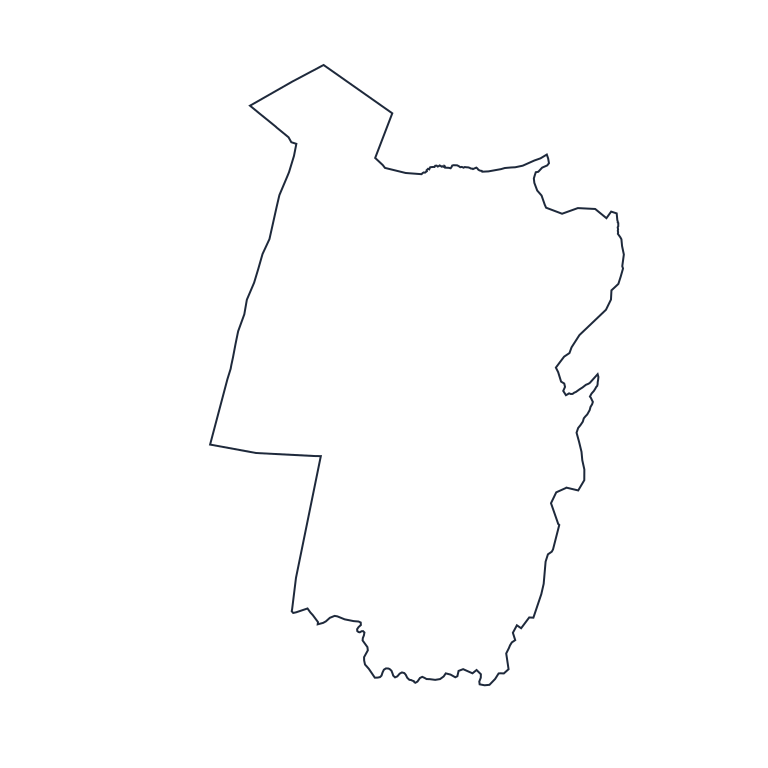 Safana, Katsina, Nigeria, rotated 20°
{"feature_id": "59680162B21692666530817", "entity_name": "Safana", "entity_type": "district", "adm_level": 2, "iso_a3": "NGA", "parent_name": "Nigeria", "parent_adm1": "Katsina", "projection": "equal_earth", "projection_center": [7.279, 12.516], "detail": "fine", "context": "isolated", "style": "outline", "palette": "slate", "viewbox_px": 768, "rotation_deg": 20, "n_neighbors": 0, "source": "geoboundaries", "source_scale": "gbopen_adm2", "svg_char_len": 3981}
<svg xmlns="http://www.w3.org/2000/svg" viewBox="0 0 768 768"><g transform="rotate(20 384 384)"><path d="M515.7,654.0L517.2,652.2L517.8,650.0L518.3,648.0L520.1,646.1L522.6,646.3L524.9,646.7L528.0,645.7L533.3,644.5L537.6,642.1L540.1,638.4L541.0,634.8L545.9,634.3L551.3,635.2L552.9,633.5L552.2,628.1L555.9,624.9L566.1,625.6L568.8,621.1L574.3,623.6L575.4,626.9L575.3,631.0L576.6,633.5L581.6,632.7L586.0,630.6L589.3,623.2L590.7,616.8L592.4,616.0L595.6,615.0L598.6,609.4L591.0,595.4L591.7,589.3L591.8,586.5L592.5,583.1L594.9,579.8L590.2,573.7L591.4,565.3L596.4,566.6L600.3,553.7L604.3,552.5L603.7,527.7L602.4,517.2L596.6,495.6L596.3,488.0L599.0,484.2L599.4,481.6L596.9,456.5L595.4,455.8L595.4,455.7L581.7,438.9L582.9,426.9L590.5,419.5L590.8,419.0L602.9,417.6L605.1,405.9L601.5,395.8L596.4,387.8L592.8,380.2L587.0,371.5L581.6,363.9L581.5,358.9L582.7,355.4L583.7,351.4L583.5,347.9L584.3,345.6L585.4,343.1L586.2,338.2L585.9,334.9L586.5,331.9L586.4,329.4L584.8,327.9L583.0,326.1L581.8,325.4L582.3,322.0L583.6,318.7L584.2,315.9L584.4,314.3L585.0,312.9L584.8,311.1L584.2,309.3L583.8,307.0L583.1,304.1L581.4,301.7L577.1,312.4L576.7,313.0L576.1,313.8L574.0,315.7L571.7,319.4L569.6,322.1L567.1,325.8L565.7,327.1L564.6,328.8L563.0,329.5L561.1,329.5L560.1,330.8L558.8,332.3L554.8,329.2L555.1,324.8L553.2,321.9L549.6,321.2L543.6,313.3L539.9,309.8L541.8,303.5L543.9,296.7L547.7,291.5L547.7,285.4L550.9,271.2L567.2,238.3L568.4,227.0L565.7,218.2L570.0,209.8L569.7,202.1L569.1,193.7L567.6,191.8L565.1,180.3L560.5,172.9L557.6,166.8L555.9,165.3L552.4,162.9L552.1,161.3L551.3,160.1L551.1,158.7L550.0,156.8L550.2,155.7L549.7,154.3L549.1,152.6L548.4,152.3L548.2,151.5L547.2,150.2L544.3,144.1L538.5,144.3L536.3,152.1L522.6,147.3L506.0,152.4L493.1,163.1L476.0,162.9L473.7,160.5L467.6,153.0L461.8,149.8L456.5,143.6L454.5,139.6L454.3,136.3L454.2,133.1L456.4,131.8L458.6,126.6L462.6,122.8L463.5,120.1L461.1,115.9L458.5,112.7L453.9,118.4L448.8,122.6L439.7,131.4L433.1,135.5L429.5,137.0L423.7,139.7L420.4,142.1L409.4,148.5L403.7,150.9L403.0,150.3L401.8,150.6L400.5,150.6L399.2,150.3L398.2,149.6L397.4,149.3L396.7,149.1L395.9,149.9L394.8,150.9L394.1,151.6L393.2,151.4L392.1,151.8L390.6,151.6L389.2,151.6L387.2,152.2L385.7,152.5L384.8,153.5L383.6,153.4L382.6,153.5L381.5,154.2L379.7,153.7L377.9,153.5L376.1,154.1L374.5,154.6L373.4,155.4L373.2,157.3L372.8,158.5L371.0,158.7L369.0,159.3L367.4,159.8L366.7,158.6L366.0,158.4L366.0,159.5L365.3,159.6L364.5,159.4L363.7,160.1L362.7,159.7L361.5,159.6L361.0,160.5L360.1,161.3L358.8,160.8L357.5,161.4L357.2,162.8L356.5,163.0L354.7,163.8L353.3,164.5L353.1,165.9L353.1,166.8L351.8,166.7L351.3,167.8L350.9,168.6L351.5,169.4L350.7,170.6L350.2,171.4L349.0,171.6L348.2,172.5L347.5,174.0L332.2,178.3L311.0,180.6L308.0,178.7L298.4,174.6L299.2,126.8L218.1,104.9L194.3,131.3L162.9,168.3L174.5,172.4L191.1,178.1L194.8,179.4L194.9,179.5L195.0,179.6L209.9,184.8L214.2,188.5L219.5,188.3L220.7,196.0L221.4,200.5L222.3,217.4L222.1,222.4L221.1,242.2L221.4,244.9L222.5,254.0L226.8,287.0L225.4,303.4L226.5,319.0L227.3,333.2L226.3,351.7L228.9,366.3L228.9,384.2L229.3,387.1L230.8,397.2L233.0,410.7L234.1,418.7L234.7,422.2L235.2,432.9L241.3,500.4L287.4,492.6L343.2,475.5L349.3,473.4L367.6,596.3L374.7,627.1L375.0,629.1L377.0,630.2L379.5,628.6L388.9,621.1L393.0,623.9L396.1,625.5L403.4,630.3L403.9,632.5L408.5,629.3L410.6,626.9L413.1,622.2L416.9,618.8L419.6,618.3L427.5,618.6L436.6,617.2L441.3,615.9L443.7,616.1L444.7,618.4L443.2,621.2L442.6,623.6L443.4,625.3L444.9,625.8L446.2,625.6L447.5,624.0L448.9,623.4L450.6,624.2L451.1,627.2L451.0,630.0L451.6,632.3L458.4,636.9L459.9,639.8L458.7,647.5L459.9,650.6L462.1,654.1L467.1,656.8L472.1,660.4L475.8,663.1L478.4,662.1L480.5,660.8L481.4,658.9L481.3,655.5L481.6,652.5L483.1,650.6L485.2,649.9L486.7,649.9L489.1,650.9L491.1,653.2L492.4,654.9L494.7,655.9L496.5,654.2L497.8,650.8L499.5,648.9L502.0,648.7L503.9,649.8L506.3,652.1L509.0,653.3L510.9,652.9L512.2,653.1L513.6,653.0L514.6,653.9L515.7,654.0Z" fill="none" stroke="#1e293b" stroke-width="2"/></g></svg>